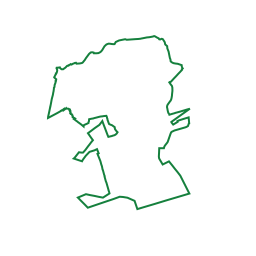 outline of El Oro, México, Mexico, rotated 62°
{"feature_id": "50627088B36645453040308", "entity_name": "El Oro", "entity_type": "district", "adm_level": 2, "iso_a3": "MEX", "parent_name": "Mexico", "parent_adm1": "México", "projection": "robinson", "projection_center": [-100.072, 19.796], "detail": "fine", "context": "isolated", "style": "outline", "palette": "green", "viewbox_px": 256, "rotation_deg": 62, "n_neighbors": 0, "source": "geoboundaries", "source_scale": "gbopen_adm2", "svg_char_len": 5575}
<svg xmlns="http://www.w3.org/2000/svg" viewBox="0 0 256 256"><g transform="rotate(62 128 128)"><path d="M214.7,104.6L209.3,104.5L195.1,104.2L194.6,104.2L189.9,105.0L185.9,105.8L181.8,106.5L176.7,107.5L176.5,114.5L170.1,114.8L169.1,114.7L167.6,114.1L164.1,112.0L160.5,109.9L162.7,105.8L161.7,104.9L161.0,103.9L160.7,103.3L159.2,99.9L158.9,99.5L158.2,98.7L153.2,93.3L152.2,92.1L151.9,91.3L152.0,88.2L154.4,76.8L154.5,75.7L154.4,74.1L152.3,71.9L152.4,71.7L147.1,69.5L146.1,74.5L145.2,79.4L145.1,81.1L145.9,81.3L146.2,86.5L143.5,87.0L143.0,86.9L141.4,75.1L140.0,64.3L139.7,65.9L139.6,66.3L139.5,66.7L139.4,67.2L139.0,69.2L138.9,69.8L138.4,72.1L138.1,73.8L137.7,75.6L137.2,77.8L137.0,78.5L136.7,80.5L136.4,81.7L135.7,85.2L135.3,85.1L134.2,85.2L133.8,85.3L132.5,85.1L130.7,84.6L129.5,84.2L128.0,83.8L127.3,83.4L126.6,82.8L126.0,82.0L125.0,80.0L124.8,79.6L124.1,78.2L124.0,77.8L123.8,77.5L123.5,77.0L123.0,76.4L122.1,75.6L121.8,75.3L121.5,75.1L120.7,74.5L120.4,74.2L119.9,73.9L119.4,73.6L119.1,73.4L118.2,72.8L116.3,71.5L115.8,71.2L113.2,69.9L111.7,69.5L111.3,69.5L110.2,69.7L109.4,69.9L108.3,69.9L107.9,70.0L107.1,70.1L107.0,69.4L107.2,69.0L107.3,68.6L107.2,68.1L106.8,67.0L105.7,63.9L105.0,61.7L104.2,59.4L104.1,59.2L103.4,57.1L102.9,55.5L102.7,55.0L102.5,54.5L102.4,54.0L102.2,53.5L102.0,53.0L101.4,52.9L101.1,51.7L100.2,51.8L99.1,51.7L97.7,51.1L96.0,52.7L94.7,53.9L93.3,55.9L92.0,57.5L90.2,58.7L89.0,59.0L88.1,58.6L87.2,58.3L86.0,58.2L84.6,57.8L79.6,56.3L76.2,55.9L74.1,55.0L71.7,55.9L70.3,55.5L69.5,55.3L68.7,55.3L66.9,55.5L66.1,55.5L65.4,56.0L65.0,56.5L64.9,58.1L64.3,58.8L63.3,58.8L61.8,59.9L59.8,61.1L59.1,61.8L59.1,62.1L58.9,63.2L57.9,66.4L56.9,68.8L55.8,72.5L55.2,74.4L55.0,75.2L54.1,77.4L52.9,80.0L49.5,87.7L48.3,88.8L47.8,90.4L46.5,94.8L46.3,98.4L47.6,100.5L47.1,101.6L46.6,102.3L46.3,102.8L45.1,104.4L44.4,105.6L44.1,107.8L44.8,110.4L45.9,112.2L47.0,114.0L47.6,115.3L48.0,116.7L48.0,118.9L47.2,120.8L46.0,123.0L45.3,122.9L44.3,124.1L43.8,125.5L44.0,126.3L44.3,127.6L46.6,132.4L47.7,134.3L48.3,135.8L48.9,137.1L49.0,138.1L48.4,140.2L47.0,143.3L46.0,143.3L45.6,144.4L45.6,145.2L45.4,146.7L45.5,147.8L45.5,148.1L45.3,148.4L44.7,148.6L44.8,149.7L44.8,150.1L44.7,150.6L45.0,151.0L45.0,151.3L44.9,151.8L44.6,152.1L44.6,152.8L45.3,154.9L45.5,156.7L45.7,157.5L45.2,158.7L44.9,159.1L43.3,159.8L42.5,159.7L41.9,161.4L41.3,162.7L41.6,163.0L41.8,163.1L42.5,163.1L43.1,163.2L43.8,163.4L44.4,163.8L45.6,164.9L45.9,165.3L46.1,165.6L45.9,165.6L45.9,165.8L46.0,165.8L46.4,166.3L47.0,167.2L47.7,168.0L48.2,168.9L48.7,169.4L50.5,168.8L51.3,168.5L52.8,169.7L52.7,170.0L53.1,170.1L54.0,170.8L55.6,172.6L57.3,173.7L57.7,174.5L58.7,175.1L59.8,175.9L60.9,176.7L61.4,177.2L61.7,177.4L62.2,177.8L63.5,178.8L66.5,181.6L68.0,182.8L69.4,183.9L72.5,186.4L72.5,186.5L72.9,186.7L73.0,186.9L74.6,188.2L78.9,191.8L79.0,191.9L80.5,193.2L81.6,193.9L81.6,191.9L81.6,184.9L81.6,183.7L81.5,179.4L81.3,179.2L81.4,178.5L81.3,178.3L81.5,178.1L81.5,177.7L81.5,177.4L81.5,177.1L81.4,177.1L81.3,176.5L81.1,176.0L81.2,175.6L81.0,174.9L81.3,174.7L81.5,174.6L81.5,175.1L81.8,176.3L82.0,177.2L82.3,177.9L81.7,173.9L81.6,173.6L81.5,173.3L82.0,173.3L82.8,171.8L84.3,170.6L84.8,170.7L84.4,171.0L84.3,171.3L84.9,171.4L85.1,171.3L85.2,171.1L85.4,171.0L85.5,171.3L85.9,171.2L86.2,171.2L86.4,171.3L86.5,171.5L87.0,171.4L87.5,171.4L87.6,171.5L87.8,172.0L88.1,171.9L88.2,172.0L88.4,172.0L88.4,171.9L88.6,171.8L88.9,171.8L89.0,171.7L89.4,171.3L90.1,170.7L90.1,170.4L90.2,170.6L90.3,170.9L90.6,171.1L90.6,171.3L90.8,171.4L91.0,171.3L91.2,171.2L91.6,171.3L91.8,171.3L91.9,171.5L92.5,171.8L92.8,171.5L93.7,171.0L93.8,170.8L94.7,170.3L94.8,171.5L95.8,171.0L96.7,170.6L97.8,170.1L98.1,169.9L99.0,169.5L99.4,169.4L100.0,169.1L100.7,168.7L101.6,168.3L102.4,167.9L103.3,167.5L105.8,166.5L104.8,165.9L104.8,164.6L104.9,163.1L105.0,162.1L105.0,161.1L105.0,160.5L104.1,159.9L103.7,159.3L102.9,158.8L102.0,158.2L102.5,156.5L102.7,155.8L103.3,154.1L103.4,153.2L103.9,151.2L104.7,147.8L105.1,146.5L105.7,145.1L106.0,144.1L106.2,143.6L106.4,143.1L107.1,141.4L108.4,141.5L109.3,141.8L110.3,141.9L111.3,142.3L112.5,142.4L113.5,142.6L114.2,142.7L115.7,142.8L116.2,142.4L116.8,141.9L117.2,141.6L117.5,141.3L117.8,141.0L118.1,140.8L118.3,140.7L120.5,139.6L120.7,139.4L120.9,139.4L121.2,139.4L121.5,139.6L121.8,139.7L122.2,139.8L122.6,139.9L123.0,140.0L123.4,139.9L123.7,139.9L124.1,139.9L124.5,139.8L125.1,139.7L125.5,139.6L125.8,139.5L126.8,139.2L127.1,139.8L127.4,140.2L127.6,140.6L127.7,141.1L127.9,141.7L128.0,142.3L128.0,142.8L128.0,143.4L127.8,144.3L127.6,145.2L127.5,146.2L127.2,147.1L127.1,147.6L126.9,148.3L126.7,149.2L126.6,149.5L124.3,149.3L117.3,148.4L113.2,147.9L109.8,147.4L110.7,149.3L111.3,150.7L111.8,151.7L112.5,157.5L113.3,162.4L113.5,163.9L113.8,165.8L115.4,165.6L118.8,165.2L122.3,164.7L123.4,167.4L124.4,169.5L125.4,171.8L127.4,176.0L128.6,179.2L128.0,180.4L127.6,181.0L126.4,182.7L129.2,189.0L129.5,190.2L132.7,187.2L135.8,184.2L135.2,183.4L134.8,182.6L134.5,182.1L132.7,178.3L131.0,173.2L132.0,168.0L132.1,165.3L136.6,165.8L136.5,167.1L144.1,167.9L144.6,168.0L144.9,168.1L145.1,168.1L147.6,168.7L149.0,168.9L149.6,169.0L152.9,170.0L153.3,169.9L158.0,171.0L159.6,171.2L159.8,171.5L164.7,172.6L166.1,172.7L173.1,174.2L173.8,174.4L175.0,174.6L176.1,174.8L176.4,174.9L176.6,175.0L177.1,175.1L177.6,181.3L177.7,182.8L175.0,186.2L172.2,189.5L169.5,192.9L166.7,196.2L165.9,204.9L170.1,203.7L175.3,202.1L179.5,200.9L181.6,188.0L183.9,174.1L184.8,167.6L186.5,164.9L189.3,161.2L195.4,156.4L199.7,157.1L204.0,157.8L205.2,151.8L207.6,140.0L209.9,128.2L212.3,116.4L214.7,104.6Z" fill="none" stroke="#15803d" stroke-width="2"/></g></svg>